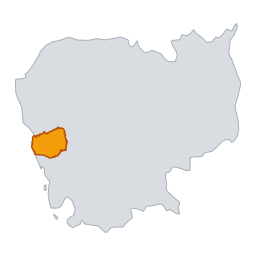 location of Veal Veaeng, Pouthisat, Cambodia
{"feature_id": "14789045B9222272664434", "entity_name": "Veal Veaeng", "entity_type": "district", "adm_level": 2, "iso_a3": "KHM", "parent_name": "Cambodia", "parent_adm1": "Pouthisat", "projection": "robinson", "projection_center": [103.138, 12.256], "detail": "fine", "context": "in_parent", "style": "filled", "palette": "amber", "viewbox_px": 256, "rotation_deg": 0, "n_neighbors": 0, "source": "geoboundaries", "source_scale": "gbopen_adm2", "svg_char_len": 6700}
<svg xmlns="http://www.w3.org/2000/svg" viewBox="0 0 256 256"><path d="M236.7,23.5L237.4,26.2L235.6,31.3L233.7,35.9L230.2,39.9L230.0,42.9L228.8,51.7L229.3,54.5L230.2,56.9L231.3,58.2L234.5,66.8L237.3,74.7L240.1,81.1L240.6,85.2L238.1,95.5L235.2,105.0L235.5,109.8L236.8,114.5L238.2,120.8L238.7,128.9L238.0,134.1L236.6,137.4L234.1,140.8L231.8,142.5L229.1,139.6L227.0,139.5L224.1,140.4L221.8,141.7L217.2,146.6L212.1,151.4L205.0,152.6L202.3,156.2L199.3,156.7L193.7,156.8L190.1,157.7L190.3,159.5L190.0,167.9L190.1,169.9L189.5,170.4L187.0,170.6L182.7,169.3L176.8,167.3L172.7,166.9L170.6,170.6L169.3,172.0L167.7,172.3L166.1,172.9L165.6,174.6L165.4,176.6L166.2,180.1L166.5,185.7L166.3,189.5L167.9,191.9L176.8,200.0L179.4,202.0L179.7,203.2L178.2,207.6L179.6,213.8L176.8,213.7L172.1,211.0L169.9,209.4L167.2,210.7L166.3,210.4L164.5,207.4L162.1,204.3L159.6,204.1L154.4,205.3L149.2,206.2L147.1,206.2L146.3,206.7L143.3,211.3L142.0,210.5L136.6,208.8L131.8,208.1L130.8,209.3L131.4,213.1L132.4,216.8L131.8,218.3L129.1,220.3L125.6,223.7L123.5,226.5L122.0,227.1L116.6,227.0L111.2,227.4L109.1,229.9L107.1,231.9L105.3,232.5L98.3,226.1L84.4,223.9L82.9,221.1L81.5,220.6L80.3,224.2L72.6,227.7L69.4,225.6L67.1,223.0L67.4,219.9L69.6,217.4L73.4,215.6L75.2,209.2L72.3,201.0L69.8,198.6L67.1,196.7L64.3,199.7L61.9,204.9L59.4,207.6L56.0,208.2L50.9,208.0L48.9,200.2L48.2,193.5L48.9,185.9L49.7,181.4L44.8,175.2L44.5,169.2L42.1,166.2L41.4,167.7L41.5,169.4L40.8,168.2L33.1,150.8L31.8,142.7L33.1,136.5L33.9,134.4L31.7,131.1L28.5,127.4L23.0,122.6L22.6,114.9L21.4,105.8L19.7,102.7L17.2,97.1L15.8,92.5L15.4,80.2L16.1,79.2L20.0,78.9L25.0,78.0L25.8,76.0L25.0,74.4L28.2,71.6L32.8,65.5L36.4,59.2L39.0,55.2L40.5,51.2L45.7,45.6L52.8,41.7L57.7,40.8L62.8,39.4L67.6,37.5L69.9,37.4L75.9,39.6L79.2,40.2L82.6,40.2L86.2,40.4L89.2,40.2L96.6,38.6L104.5,39.9L111.4,38.9L120.1,37.0L124.3,38.2L128.2,40.0L128.8,43.8L129.7,45.5L131.0,46.8L132.7,46.8L134.9,44.2L136.7,41.5L137.3,41.0L137.4,42.3L138.3,45.2L140.0,48.1L141.7,50.0L144.4,52.5L146.3,52.6L152.2,50.3L161.0,53.7L162.1,55.5L165.0,59.0L168.1,61.5L175.0,61.7L177.4,55.5L176.2,51.7L172.3,45.1L171.2,41.2L172.4,40.5L179.1,39.7L180.2,39.0L181.7,34.7L183.5,35.2L187.2,35.7L191.1,32.8L193.4,29.7L194.7,31.1L196.1,33.3L197.6,34.5L200.4,36.4L203.5,39.0L205.5,41.5L207.0,42.5L211.0,41.8L212.0,41.9L214.3,38.8L215.9,37.1L217.3,37.6L219.3,37.6L223.4,33.6L225.8,30.0L227.1,29.0L230.8,30.8L232.3,30.5L234.4,25.5L236.7,23.5ZM46.3,189.9L45.5,190.4L44.8,190.4L44.1,189.7L44.1,186.9L44.7,185.2L45.9,184.8L46.3,189.9ZM57.9,217.5L56.4,219.4L53.9,215.5L53.9,214.4L57.9,217.5Z" fill="#d9dde1" stroke="#a8b0b8" stroke-width="1"/><path d="M35.2,135.7L34.9,135.7L34.6,136.0L34.3,136.0L34.1,136.0L33.7,136.1L33.3,136.4L33.3,136.6L33.2,136.8L32.9,137.2L32.6,137.4L32.6,138.2L32.6,138.6L32.5,138.9L32.6,139.2L32.7,139.3L32.6,139.6L32.7,140.0L32.7,140.4L32.5,141.3L32.4,141.5L32.3,141.9L32.1,142.3L32.1,142.5L32.3,143.1L32.3,144.2L32.3,144.4L32.1,144.4L32.0,144.9L31.9,145.1L31.9,145.3L32.0,145.5L31.8,146.1L31.7,146.4L31.8,146.5L31.7,146.8L31.9,147.0L32.0,147.2L31.9,147.4L32.0,147.8L32.2,148.2L32.3,148.4L32.4,148.7L32.6,148.8L32.9,149.1L33.0,149.4L33.0,149.7L33.1,149.9L33.4,150.3L33.5,150.4L33.6,150.5L33.9,150.9L34.0,151.2L34.2,151.3L34.3,151.5L34.5,151.5L34.5,151.9L34.5,152.0L34.6,152.3L34.7,152.7L34.7,152.8L34.7,153.5L34.8,153.7L34.9,154.0L35.7,154.5L43.2,155.0L44.2,155.3L45.1,155.7L49.2,157.7L49.5,157.8L50.3,157.9L50.9,157.7L51.1,157.8L51.3,157.8L51.7,157.6L51.8,157.7L52.0,157.6L52.6,157.0L52.8,156.9L53.1,156.9L53.3,157.0L53.7,157.1L53.9,157.3L54.0,157.2L54.1,156.7L54.2,156.4L54.4,156.3L54.6,156.4L54.8,156.3L55.1,156.4L55.2,156.5L55.3,156.2L55.6,155.9L55.8,155.7L56.6,156.0L56.9,156.1L57.0,155.9L57.5,155.9L57.8,155.5L57.9,155.1L58.0,155.0L58.0,154.7L58.3,154.4L58.4,154.2L58.5,154.2L58.6,154.3L58.8,154.2L59.0,154.0L59.1,153.8L59.3,153.8L59.5,153.7L59.7,153.8L59.9,153.6L59.8,153.2L59.7,152.9L59.8,152.6L59.9,152.4L59.9,152.2L60.0,152.2L60.2,151.8L60.4,151.7L60.6,151.7L60.7,151.8L60.9,151.7L60.7,151.5L60.8,151.2L60.7,151.1L60.6,150.8L60.7,150.7L60.7,150.4L61.0,150.1L61.1,149.9L61.4,149.9L61.5,149.9L61.5,150.1L62.0,150.2L62.0,150.5L62.3,150.5L62.6,150.7L62.8,150.9L63.0,150.7L63.5,150.6L63.7,150.4L63.9,150.3L64.0,150.1L64.1,149.9L64.3,149.7L64.6,149.5L64.9,149.8L65.0,149.9L65.1,150.0L65.2,150.3L65.3,150.4L65.4,150.2L65.5,150.2L66.0,150.0L66.1,149.6L66.1,149.4L65.7,148.9L66.1,148.0L66.3,147.8L66.3,147.6L66.4,147.4L66.2,147.0L66.2,146.9L66.1,146.7L66.2,146.4L66.2,146.1L66.3,145.9L66.3,145.7L66.4,145.4L66.5,145.1L66.4,145.0L66.4,144.9L66.3,144.7L66.6,144.5L66.6,144.2L66.7,143.8L66.5,143.7L66.8,143.5L66.9,143.3L67.0,143.1L66.9,143.0L66.9,142.8L66.8,142.6L66.9,142.3L67.0,142.2L66.9,142.1L66.9,141.8L67.0,141.5L66.7,141.4L66.9,141.3L66.9,141.0L67.0,141.1L67.0,140.9L66.8,140.8L66.7,140.8L66.7,140.6L66.3,140.5L66.2,140.5L66.2,140.4L66.1,139.7L66.2,139.3L66.2,139.2L65.8,138.8L65.7,138.4L65.4,137.9L65.4,137.7L65.3,137.2L65.2,136.8L65.1,136.6L65.1,136.4L65.0,136.2L65.1,135.9L65.1,135.5L65.3,135.4L65.4,135.1L65.4,134.8L65.3,134.7L65.2,134.6L65.4,134.5L65.2,134.3L65.1,134.2L64.9,134.2L64.7,133.8L64.3,133.3L64.4,133.2L64.5,133.1L64.6,132.7L64.8,132.4L64.5,131.8L64.5,131.4L64.3,131.3L64.3,131.1L64.4,130.9L64.5,130.9L64.1,130.1L64.0,129.8L64.0,129.7L63.3,128.9L63.2,128.9L61.9,128.3L61.5,128.0L61.1,127.9L60.9,128.0L60.7,128.0L60.4,128.3L60.1,128.4L59.9,128.3L59.7,128.0L59.7,127.9L58.4,127.5L58.2,127.5L58.2,127.8L58.4,127.8L58.1,127.9L58.1,128.0L58.0,127.9L57.9,128.0L57.8,127.9L57.8,128.1L57.7,128.1L57.7,127.9L57.4,128.0L57.3,128.5L57.2,128.6L56.7,128.4L56.3,128.8L56.2,128.7L56.0,128.8L55.9,128.8L55.8,129.0L55.6,129.3L55.2,129.4L55.2,129.5L55.1,129.8L54.9,129.9L54.7,129.8L54.5,129.6L54.3,129.6L54.1,129.5L53.6,129.9L53.2,130.3L52.4,130.5L52.0,130.7L51.9,130.9L51.5,131.2L51.4,131.5L51.2,131.7L50.4,131.4L50.2,131.4L50.1,131.6L49.8,131.7L49.2,132.1L48.9,132.3L48.8,132.6L48.7,132.6L48.4,132.7L48.1,132.5L47.8,132.6L47.6,132.8L47.4,132.8L47.4,133.5L47.4,133.8L47.2,133.9L46.6,133.8L46.2,133.6L45.8,133.6L45.5,133.4L45.2,133.4L45.2,133.0L44.7,132.3L44.7,132.0L44.4,131.8L44.3,131.6L44.2,131.5L43.8,131.9L43.7,132.1L43.4,132.6L43.2,132.9L43.2,133.2L43.0,133.4L42.6,133.6L42.4,133.6L42.3,133.9L42.1,134.1L41.9,134.1L41.7,134.2L41.4,134.1L41.2,134.0L40.9,134.2L40.7,134.2L40.6,134.3L40.6,134.2L40.4,134.2L40.2,134.1L40.2,134.3L40.0,134.5L39.9,134.7L39.6,134.8L39.6,135.0L39.3,135.1L39.3,135.3L39.1,135.3L39.0,135.6L38.9,135.6L38.9,135.8L38.3,135.5L38.0,135.5L38.0,135.4L37.8,135.2L37.6,135.3L37.5,135.1L37.4,135.1L37.3,135.3L37.2,135.5L36.9,135.9L36.7,136.0L36.5,136.4L36.7,136.6L36.6,136.8L36.2,137.1L36.0,136.9L35.7,136.7L35.5,136.2L35.2,135.7Z" fill="#f59e0b" stroke="#b45309" stroke-width="1.5"/></svg>